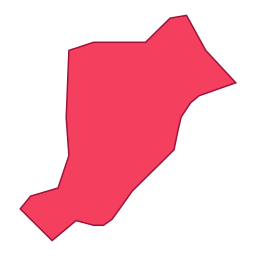 Eunpyeong-gu, Seoul, South Korea (Natural Earth projection)
{"feature_id": "91817680B53616587081026", "entity_name": "Eunpyeong-gu", "entity_type": "district", "adm_level": 2, "iso_a3": "KOR", "parent_name": "South Korea", "parent_adm1": "Seoul", "projection": "natural_earth1", "projection_center": [126.934, 37.609], "detail": "fine", "context": "isolated", "style": "filled", "palette": "rose", "viewbox_px": 256, "rotation_deg": 0, "n_neighbors": 0, "source": "geoboundaries", "source_scale": "gbopen_adm2", "svg_char_len": 471}
<svg xmlns="http://www.w3.org/2000/svg" viewBox="0 0 256 256"><path d="M20.2,208.9L52.1,240.6L76.0,220.6L80.8,221.9L93.9,225.3L103.5,225.3L111.9,219.4L121.4,206.4L132.2,191.1L150.1,173.4L159.7,164.0L172.2,151.6L174.0,149.9L177.6,132.2L181.2,116.9L190.7,102.7L199.1,95.7L234.8,83.1L235.8,82.8L205.7,50.4L186.5,15.4L170.1,18.1L145.5,42.3L93.5,42.3L68.9,50.4L66.2,117.8L68.9,155.6L58.0,188.0L30.6,196.1L20.2,208.9Z" fill="#f43f5e" stroke="#9f1239" stroke-width="1.5"/></svg>